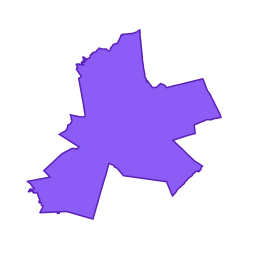 Raciu, Dâmbovita, Romania, rotated 280°
{"feature_id": "2599482B50297970543738", "entity_name": "Raciu", "entity_type": "district", "adm_level": 2, "iso_a3": "ROU", "parent_name": "Romania", "parent_adm1": "Dâmbovita", "projection": "mercator", "projection_center": [25.443, 44.813], "detail": "fine", "context": "isolated", "style": "filled", "palette": "violet", "viewbox_px": 256, "rotation_deg": 280, "n_neighbors": 0, "source": "geoboundaries", "source_scale": "gbopen_adm2", "svg_char_len": 5632}
<svg xmlns="http://www.w3.org/2000/svg" viewBox="0 0 256 256"><g transform="rotate(280 128 128)"><path d="M167.1,208.9L167.6,208.8L167.8,208.6L169.5,207.4L169.9,207.1L170.3,206.7L170.9,206.1L171.2,205.9L171.7,205.5L172.3,205.1L173.1,204.6L175.2,203.2L175.5,202.8L176.5,201.9L177.3,201.1L177.7,200.6L178.2,200.1L179.0,199.5L181.3,198.0L182.0,197.6L183.5,196.7L184.7,196.0L185.0,195.8L185.3,195.7L185.6,195.6L185.9,195.4L188.7,193.6L189.5,193.0L188.7,191.4L188.0,189.9L187.0,187.5L186.5,186.3L185.2,183.5L184.5,181.9L184.2,181.2L182.6,177.6L180.7,173.4L178.5,168.1L177.8,166.4L174.4,158.8L175.2,158.1L176.1,157.3L176.3,157.0L176.5,156.5L176.7,155.7L177.5,152.5L175.6,150.8L174.3,150.2L173.7,149.6L173.2,149.1L172.9,148.3L172.7,147.9L172.5,146.7L172.2,145.8L172.1,145.0L172.4,144.7L173.1,143.9L173.8,143.2L175.6,141.4L177.7,139.0L177.0,138.8L176.8,138.4L177.1,138.3L177.3,138.2L178.1,137.8L178.5,137.7L179.0,137.5L179.6,137.1L180.1,137.0L181.0,136.2L181.9,135.4L182.1,135.3L182.4,135.2L183.8,135.2L184.6,135.0L185.3,134.6L186.7,134.1L188.5,133.3L190.7,132.6L193.7,131.7L195.1,131.2L196.5,130.7L198.8,130.1L200.6,129.7L202.5,129.2L208.2,127.5L211.4,126.6L212.1,126.4L213.0,126.2L215.7,125.5L216.8,125.1L221.1,123.8L221.6,123.7L224.8,123.2L226.6,122.6L225.8,121.5L224.2,120.1L222.5,117.1L222.0,116.0L221.3,113.9L220.0,109.2L219.4,106.4L218.6,106.4L218.0,104.8L216.3,104.8L211.4,103.4L208.9,102.3L209.0,101.1L207.6,99.0L206.0,98.3L204.8,97.6L203.4,96.9L202.6,97.2L202.0,97.1L200.8,96.5L200.4,95.4L201.4,93.9L202.0,92.8L201.7,91.3L201.3,90.1L201.4,89.2L201.5,87.9L201.5,86.2L201.7,85.7L201.0,85.4L200.6,85.1L199.6,84.3L198.7,83.7L197.7,83.2L197.3,82.9L197.0,82.0L196.5,81.2L196.2,80.4L196.0,80.2L195.6,80.0L195.3,80.0L194.8,79.3L194.4,79.3L194.0,79.0L193.5,78.5L193.0,78.2L192.7,78.3L191.6,78.3L190.8,78.3L190.2,77.5L189.6,76.8L189.1,75.7L188.8,75.4L188.2,75.4L188.0,75.0L189.0,74.2L189.8,73.2L190.0,72.4L190.1,71.6L189.9,71.2L188.4,72.1L187.7,72.4L187.1,73.1L186.8,73.6L186.8,74.2L186.4,74.0L186.1,73.8L185.8,74.0L185.5,74.0L185.7,73.6L185.7,73.2L185.6,72.9L185.3,72.6L186.0,72.4L186.3,72.2L185.9,71.8L185.5,71.6L185.1,71.1L184.9,71.0L184.3,70.8L184.1,70.7L183.7,71.0L183.6,71.6L183.3,72.1L182.9,72.3L182.7,73.0L182.2,73.4L182.1,73.1L182.1,72.6L182.3,72.1L182.5,71.6L182.6,70.5L182.3,70.2L181.8,69.7L182.5,68.8L182.6,68.4L182.3,67.9L182.1,67.7L182.2,67.3L182.1,66.8L182.1,66.5L181.9,66.1L181.5,66.0L181.2,66.2L181.3,66.6L180.8,66.6L179.9,67.2L179.4,67.6L179.1,67.4L178.7,67.4L178.5,68.0L178.1,68.0L177.5,67.3L177.1,67.1L176.7,67.1L170.7,73.2L169.4,72.0L168.4,70.8L144.4,79.7L132.3,83.9L132.0,83.8L131.0,81.6L130.6,77.9L130.9,74.7L130.8,72.3L131.0,69.1L130.6,69.4L130.0,69.6L129.5,69.8L129.1,70.1L128.5,70.4L127.7,70.6L127.2,70.5L126.7,70.6L126.2,71.3L125.5,71.5L124.8,71.6L124.3,71.3L123.8,71.0L123.0,70.8L121.8,70.5L121.3,69.6L120.8,68.6L120.2,68.3L118.1,68.3L115.5,67.8L114.5,67.1L113.3,65.9L113.0,65.0L112.0,64.3L111.5,63.5L111.0,62.5L109.8,61.9L109.7,61.7L100.9,83.0L100.5,82.8L99.7,82.3L99.5,81.8L99.2,81.6L98.8,81.7L98.4,81.5L98.5,80.8L98.4,80.0L98.0,79.6L98.3,79.1L98.4,78.3L98.5,77.7L98.3,76.9L98.0,76.2L91.2,67.5L91.3,67.6L71.4,52.5L66.1,59.8L65.9,59.2L59.3,41.9L58.4,39.3L58.0,38.3L57.1,39.9L57.1,40.0L56.5,41.1L54.8,43.2L53.9,43.7L53.2,44.5L53.0,45.3L52.4,46.0L51.6,46.1L51.4,45.5L51.2,44.9L51.0,43.8L51.0,42.8L50.9,42.3L50.3,41.8L49.7,42.4L49.1,41.9L48.9,41.4L48.5,41.1L48.1,41.0L48.0,41.4L48.1,42.0L48.8,42.8L49.1,43.2L49.6,43.7L49.8,44.3L48.6,44.9L48.8,45.8L48.1,46.0L48.1,46.4L48.0,46.6L47.7,46.6L47.9,48.1L48.8,49.7L43.3,52.6L42.8,53.2L40.7,54.0L40.4,53.1L39.1,53.3L39.1,55.7L36.9,56.1L36.7,56.7L36.7,56.8L36.4,57.9L36.2,58.1L29.5,56.0L29.4,56.6L33.1,73.1L32.6,73.1L31.6,73.3L31.9,74.2L32.2,75.1L33.5,74.8L34.7,80.0L35.0,81.4L35.0,82.4L34.9,84.0L34.3,89.9L33.4,98.0L32.8,104.0L32.3,109.3L33.3,109.4L36.3,109.7L37.4,109.8L38.4,109.9L40.4,110.2L44.5,110.6L49.7,111.2L55.3,111.7L59.3,112.1L63.5,112.5L65.5,112.8L67.5,113.0L67.9,113.1L68.1,113.1L68.4,113.1L68.6,113.1L69.5,113.1L72.1,113.5L75.1,113.9L76.8,114.2L78.6,114.4L80.8,114.6L84.8,114.9L87.2,115.1L89.8,115.3L89.9,115.5L89.3,117.6L89.2,117.8L89.1,118.6L88.9,119.5L88.7,120.0L88.5,120.5L88.4,120.9L88.3,121.0L87.4,121.4L87.1,121.9L87.0,122.2L86.8,123.1L86.7,124.1L83.7,127.7L83.7,127.8L80.2,131.8L80.3,133.4L80.3,134.7L80.3,135.3L80.4,135.9L80.6,139.8L80.7,144.1L80.9,148.8L80.9,150.6L80.9,151.9L81.0,152.2L81.8,175.3L68.9,183.5L69.0,183.6L69.7,184.2L70.1,184.5L70.6,184.9L70.9,184.9L72.1,185.6L72.6,186.1L73.4,186.4L74.5,186.8L75.2,187.2L76.0,187.5L77.3,188.3L78.1,189.0L79.0,189.9L80.4,190.8L81.6,191.9L82.6,192.8L83.7,193.3L84.7,193.6L85.3,193.9L86.2,194.6L86.8,195.0L88.2,195.6L88.9,196.1L89.1,196.3L89.7,197.0L90.2,197.5L90.7,197.8L92.0,199.2L92.6,199.5L93.4,199.8L93.9,199.9L94.7,200.2L94.8,200.3L94.8,200.6L94.8,200.8L95.0,201.0L96.7,202.2L97.0,202.5L97.3,202.9L97.4,203.1L97.3,204.9L97.2,205.1L97.3,205.3L97.6,205.5L97.8,205.7L98.3,205.4L99.4,206.9L102.3,207.0L103.3,208.0L104.2,206.2L104.5,205.6L105.2,204.0L105.9,202.0L106.8,199.9L108.4,197.1L109.0,196.3L109.4,195.8L110.1,194.7L110.7,193.8L111.0,193.5L111.2,193.3L111.4,192.7L112.3,191.2L113.0,190.3L115.7,186.4L117.0,184.6L120.1,179.7L121.9,177.1L123.7,174.5L124.6,176.0L124.7,176.3L126.6,179.8L130.0,186.2L131.7,189.5L134.3,195.1L135.5,194.7L136.0,194.6L136.6,194.4L136.9,194.3L138.8,193.8L142.6,192.7L146.8,199.3L148.9,202.8L149.4,203.0L150.2,205.7L150.5,208.4L151.3,209.8L151.6,209.6L152.7,212.8L153.3,214.7L153.6,215.4L153.8,215.7L154.0,216.1L154.0,216.5L154.5,217.6L154.8,217.7L155.1,217.6L158.1,215.8L166.7,209.3L167.0,209.1L167.1,208.9Z" fill="#8b5cf6" stroke="#5b21b6" stroke-width="1.5"/></g></svg>